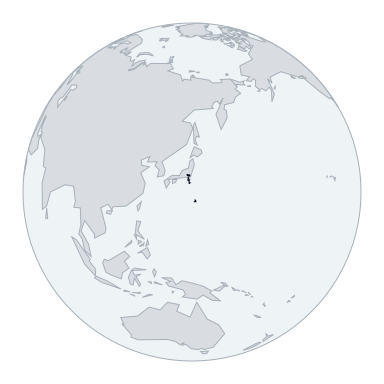 Tokyo highlighted on a globe, orthographic projection
{"feature_id": "JPN-1860", "entity_name": "Tokyo", "entity_type": "Metropolis", "adm_level": 1, "iso_a3": "JPN", "parent_name": "Japan", "parent_adm1": "", "projection": "orthographic", "projection_center": [140.896, 30.045], "detail": "fine", "context": "on_globe", "style": "filled", "palette": "ink", "viewbox_px": 384, "rotation_deg": 0, "n_neighbors": 0, "source": "natural_earth", "source_scale": "10m", "svg_char_len": 11361}
<svg xmlns="http://www.w3.org/2000/svg" viewBox="0 0 384 384"><circle cx="192" cy="192" r="169" fill="#eef3f6" stroke="#a8b0b8"/><path d="M294.4,295.6L294.4,296.4L294.2,296.6L294.4,295.6ZM333.6,99.8L331.1,97.1L335.5,102.8L338.4,107.6L337.1,105.8L335.4,102.9L330.6,97.7L329.5,98.7L320.4,92.1L304.3,78.7L306.3,78.3L302.2,75.6L299.5,76.0L298.7,77.1L280.9,71.7L270.2,77.0L272.0,83.1L267.5,78.6L274.4,93.9L271.9,101.8L271.5,90.3L269.1,87.2L265.8,90.9L262.5,88.7L259.1,89.3L255.5,86.4L255.6,80.4L253.3,78.6L251.1,81.4L246.1,80.7L249.6,76.7L241.3,75.1L239.9,65.9L252.3,59.5L248.4,53.7L253.0,45.7L249.4,44.8L248.9,41.8L244.7,39.7L246.7,39.3L241.5,38.1L240.5,39.0L237.8,38.8L235.2,37.8L237.4,36.9L239.0,37.3L238.3,36.5L240.5,36.6L237.9,36.0L240.8,35.3L234.1,34.6L233.2,32.9L236.2,32.9L240.9,34.7L259.4,40.7L263.9,42.0L265.5,41.7L258.1,36.7L260.9,37.8L261.1,37.8L271.9,43.1L282.4,49.2L292.3,56.1L301.8,63.6L310.7,71.7L319.0,80.5L326.6,89.9L333.6,99.8ZM257.0,36.0L255.8,35.6L248.6,32.9L247.6,33.0L244.5,32.2L241.4,31.9L236.5,30.2L233.5,28.7L235.8,29.0L234.5,28.5L228.0,27.1L228.1,26.9L242.7,30.8L257.0,36.0ZM334.9,180.4L333.5,177.1L335.5,177.7L334.9,180.4ZM331.9,176.0L332.6,176.9L331.8,176.4L331.9,176.0ZM330.9,176.3L331.6,176.1L330.9,176.7L330.9,176.3ZM329.6,177.1L330.3,176.5L330.2,176.7L329.6,177.1ZM327.3,177.2L326.6,177.1L327.1,176.2L327.3,177.2ZM298.8,78.0L299.8,76.3L303.4,77.0L303.0,78.6L298.8,78.0ZM291.4,77.5L290.9,75.8L295.5,78.3L294.4,78.5L291.4,77.5ZM274.0,88.3L275.3,86.3L275.1,89.1L274.0,88.3ZM259.2,89.9L259.9,91.3L257.8,91.1L259.2,89.9ZM244.3,33.0L242.9,32.5L244.2,32.8L244.3,33.0ZM244.3,33.5L246.8,34.2L247.1,34.6L245.6,34.1L244.3,33.5ZM250.4,86.6L246.9,86.1L250.5,85.6L250.4,86.6ZM241.1,32.6L247.5,35.2L248.0,35.9L242.6,34.9L241.1,32.6ZM244.9,85.1L236.4,84.4L237.1,87.2L230.3,79.1L239.8,82.2L244.1,80.9L243.0,83.2L244.9,85.1ZM241.3,39.7L242.3,38.7L243.8,40.5L241.3,39.7ZM242.9,40.9L251.5,47.5L248.7,48.7L246.4,46.1L244.7,48.7L239.1,46.1L238.8,44.0L241.7,43.7L237.3,43.0L242.9,40.9ZM227.9,74.9L225.8,74.0L228.0,73.8L227.9,74.9ZM236.9,38.9L238.9,40.0L236.6,41.1L232.2,39.1L234.3,39.4L236.9,38.9ZM247.0,50.9L244.5,51.5L239.3,49.5L237.6,49.5L238.7,46.1L247.0,50.9ZM233.5,38.6L230.0,38.2L228.7,36.8L234.8,38.0L233.5,38.6ZM237.8,42.2L236.5,42.7L235.8,41.8L237.8,42.2ZM222.1,32.4L224.6,33.3L223.6,33.9L222.1,32.4ZM228.8,38.1L229.3,38.6L229.1,39.0L226.6,38.5L228.8,38.1ZM235.0,45.1L233.3,44.2L234.2,46.3L230.4,45.1L231.8,43.1L229.6,43.5L228.4,43.2L230.9,42.0L235.0,45.1ZM223.7,39.3L224.2,36.8L219.9,34.8L220.7,34.1L227.4,37.6L223.7,39.3ZM227.7,41.0L225.4,39.8L227.5,39.4L230.4,40.0L227.7,41.0ZM227.2,45.1L232.8,47.4L232.3,47.8L227.2,45.1ZM222.0,38.8L222.0,39.4L221.5,38.6L222.0,38.8ZM225.2,43.1L227.2,43.9L226.6,44.3L225.2,43.1ZM220.1,40.2L220.3,39.3L222.2,39.6L220.1,40.2ZM222.1,41.6L220.7,42.0L222.8,40.3L223.1,41.8L222.1,41.6ZM224.3,43.4L224.5,43.9L223.5,43.1L224.3,43.4ZM212.6,39.8L214.8,37.5L219.1,38.1L216.4,40.1L212.6,39.8ZM56.0,91.7L53.5,95.4L60.9,87.4L67.5,77.9L73.5,71.7L72.2,75.3L67.2,84.7L69.4,82.7L76.7,73.5L79.8,72.9L79.7,70.3L76.6,73.4L76.5,72.0L79.3,69.2L80.3,68.9L83.0,65.7L77.7,68.5L73.9,72.0L78.4,66.9L74.1,70.9L84.9,61.3L96.5,52.6L108.8,44.9L121.7,38.4L121.8,38.4L118.3,40.2L124.2,38.2L123.2,39.1L120.0,39.9L115.9,41.7L108.0,47.5L108.2,48.0L112.7,46.5L109.9,48.6L115.3,46.3L113.6,49.6L120.1,44.0L125.6,42.8L127.8,44.0L130.8,42.8L127.2,40.9L124.6,41.1L120.6,42.8L114.8,43.5L116.3,42.1L126.8,38.1L130.0,35.9L136.8,34.3L142.4,39.4L141.7,43.0L128.2,51.4L124.9,50.9L128.2,47.5L119.7,51.8L123.0,50.9L120.7,52.8L125.4,52.7L124.0,54.2L130.8,51.9L129.6,53.6L125.3,55.0L131.1,57.1L130.2,61.1L132.2,60.9L134.6,59.6L131.9,65.9L133.5,65.5L135.0,63.2L139.1,61.2L145.4,60.2L144.1,62.4L141.7,63.0L134.7,68.1L128.4,69.9L128.5,70.7L133.7,69.7L142.2,63.5L146.4,62.3L142.7,65.3L144.4,64.1L146.0,64.3L146.5,66.6L150.6,63.4L170.6,63.6L173.4,68.7L167.9,70.9L180.5,74.9L182.7,81.3L184.1,79.1L191.0,80.2L190.4,78.1L191.6,77.2L209.2,80.2L212.3,83.0L221.5,82.7L222.2,81.7L220.4,79.5L230.3,79.1L237.1,87.2L235.1,89.0L240.7,93.3L235.4,97.1L233.7,102.5L224.7,104.7L224.0,109.2L226.3,110.4L227.2,117.8L221.1,129.5L216.0,114.4L223.2,97.9L219.4,103.9L217.2,101.1L214.0,102.5L211.6,107.1L213.2,108.5L194.0,110.1L182.2,121.2L190.3,122.9L192.9,128.2L186.5,144.6L162.0,161.7L165.2,170.8L163.7,175.7L157.3,177.0L159.2,169.8L154.9,165.7L157.0,161.7L147.4,162.1L149.9,156.5L141.2,160.0L141.8,165.3L149.4,166.7L140.7,172.7L145.2,183.2L143.0,193.2L126.2,206.0L113.1,206.8L111.7,209.5L108.0,204.3L100.8,207.8L106.0,228.2L105.1,232.9L94.4,238.0L94.6,234.4L84.6,220.4L81.1,230.9L88.6,244.3L91.1,256.5L84.6,250.2L82.3,239.2L78.8,233.9L80.9,224.5L80.3,207.9L73.8,207.3L75.4,201.5L73.6,186.1L64.9,184.8L50.5,191.9L46.6,206.0L42.4,209.3L42.1,183.0L45.8,167.9L43.3,166.4L44.9,149.6L40.8,137.1L42.4,132.6L41.1,131.8L42.6,124.5L45.9,117.5L45.8,115.2L37.7,133.7L38.0,136.4L41.3,134.2L38.8,139.9L37.6,148.6L31.1,154.9L28.5,149.4L31.9,138.2L48.9,102.3L50.4,100.0L50.6,99.7L51.1,99.1L48.9,102.3L53.0,96.0L44.6,109.5L56.0,91.7ZM26.8,156.5L26.7,161.8L25.9,165.2L23.9,175.4L26.8,156.5ZM58.2,100.8L57.6,107.1L64.3,98.5L64.7,100.4L66.8,97.0L64.8,97.9L71.0,89.3L73.2,90.3L76.5,87.5L76.9,85.2L72.0,84.9L63.1,96.9L60.4,98.0L58.2,100.8ZM134.6,33.1L142.6,30.6L140.2,31.5L140.0,31.4L137.5,32.3L136.4,32.5L125.2,36.8L134.6,33.1ZM170.3,25.2L174.2,25.0L163.9,27.2L161.4,27.2L165.7,25.7L171.1,25.0L170.3,25.2ZM230.2,30.7L232.4,31.3L231.8,31.4L229.4,31.1L230.2,30.7ZM223.3,32.7L220.1,28.7L222.4,29.0L217.7,26.9L222.0,27.0L224.9,28.3L224.7,27.1L229.0,28.3L228.2,27.5L234.2,30.4L238.1,31.9L232.1,30.1L228.1,29.9L227.5,30.2L228.7,32.4L235.1,35.8L232.1,36.5L228.3,36.1L226.3,35.4L228.9,35.1L224.4,34.3L226.6,33.4L223.3,32.7ZM185.3,36.7L189.1,35.7L180.4,36.0L182.6,34.2L181.4,34.4L181.1,33.0L178.6,31.7L180.3,31.0L178.6,30.8L178.3,30.1L176.6,29.6L179.0,28.5L177.1,28.0L179.3,27.8L175.3,27.3L179.4,27.2L179.4,26.5L175.4,26.9L192.9,23.8L197.0,23.3L198.3,23.2L205.1,23.6L208.3,24.3L208.8,25.5L203.8,26.2L207.8,26.5L206.6,27.0L204.0,26.6L207.3,27.7L205.6,28.1L206.1,30.4L212.0,32.3L212.3,33.4L209.1,32.9L211.7,34.4L205.9,34.3L206.0,35.2L200.5,36.2L194.3,35.1L194.9,36.2L190.7,37.3L185.3,36.7ZM210.9,39.9L203.1,38.5L200.4,36.9L211.2,35.9L211.9,35.1L218.7,34.8L222.4,37.2L220.2,37.0L218.8,37.4L218.2,36.5L217.6,37.5L214.5,37.4L213.2,38.2L211.0,37.5L210.9,39.9ZM119.2,40.5L118.3,41.2L117.0,41.8L116.1,41.9L119.2,40.5ZM160.0,38.9L162.6,38.1L163.0,38.5L168.9,38.3L167.8,39.8L163.8,40.5L160.0,38.9ZM60.3,87.4L59.6,87.6L61.0,85.8L61.0,86.0L60.3,87.4ZM159.7,40.5L162.2,40.2L160.1,41.2L159.7,40.5ZM167.2,40.9L165.2,42.1L168.3,40.0L167.2,40.9ZM129.8,293.7L134.8,295.6L134.6,296.1L129.8,293.7ZM124.5,290.1L130.1,291.8L123.7,291.2L124.5,290.1ZM132.2,292.5L137.9,292.7L140.3,292.3L140.0,293.5L132.2,292.5ZM120.9,289.0L101.8,282.4L94.5,277.8L96.0,276.1L107.7,281.2L120.9,289.0ZM95.4,275.8L84.7,264.3L71.8,236.9L76.4,239.8L90.2,259.2L89.2,261.0L95.7,269.2L95.4,275.8ZM122.4,272.9L121.4,278.9L110.7,274.8L105.9,272.2L102.6,262.7L104.4,259.2L108.3,260.7L124.4,251.2L129.8,256.5L124.5,261.2L129.0,268.2L122.4,272.9ZM46.7,207.8L47.7,218.5L45.7,218.2L46.7,207.8ZM131.9,242.7L124.8,247.3L131.6,240.4L131.9,242.7ZM136.6,235.5L136.5,239.0L134.3,235.0L136.6,235.5ZM110.6,214.2L106.5,213.4L106.9,211.0L112.4,210.5L110.6,214.2ZM141.3,201.6L139.4,208.8L138.0,210.9L137.0,206.0L141.3,201.6ZM153.6,55.9L146.7,54.2L141.0,54.6L136.6,57.2L139.8,53.1L148.7,52.5L153.6,55.9ZM168.6,62.2L172.4,60.5L172.8,62.0L172.0,62.7L168.6,62.2ZM169.5,60.6L170.4,57.0L173.8,56.6L172.4,59.4L169.5,60.6ZM164.7,47.8L162.7,47.1L164.5,46.3L164.7,47.8ZM258.1,342.5L261.3,342.1L256.9,345.0L250.3,348.2L242.8,350.3L258.1,342.5ZM203.0,353.8L200.6,351.4L208.4,351.1L207.0,353.3L203.0,353.8ZM262.9,339.8L266.7,336.7L266.1,333.8L268.1,336.0L273.6,334.5L263.2,341.4L262.9,339.8ZM168.0,339.5L138.3,339.8L131.0,337.2L131.4,334.8L121.8,323.7L124.0,324.6L120.7,317.5L137.5,316.1L149.0,307.1L160.1,309.9L167.4,302.3L179.3,304.6L176.7,311.2L190.1,317.1L196.7,302.2L207.3,319.2L218.7,324.8L224.7,333.7L213.2,347.2L204.4,349.5L201.6,348.4L198.2,349.5L191.4,348.7L185.5,344.3L182.2,345.3L184.4,342.4L180.1,344.8L175.6,341.6L168.0,339.5ZM254.3,315.3L256.7,315.5L261.1,317.5L257.3,317.5L254.3,315.3ZM288.5,300.4L290.1,301.2L287.5,302.2L288.5,300.4ZM294.2,296.6L291.0,298.0L294.4,295.6L294.2,296.6ZM264.1,305.0L265.4,305.8L264.5,306.3L264.1,305.0ZM263.1,304.8L264.1,303.0L264.2,304.6L263.1,304.8ZM250.9,297.1L252.1,296.2L252.8,296.8L250.9,297.1ZM142.2,297.4L148.9,294.3L152.8,294.7L142.2,297.4ZM248.8,295.4L245.5,295.5L245.8,294.5L248.8,295.4ZM248.8,293.3L248.3,292.0L250.7,294.9L248.8,293.3ZM242.3,290.7L246.5,292.8L241.9,291.0L242.3,290.7ZM240.0,291.1L237.1,290.1L237.3,289.7L240.0,291.1ZM209.8,292.7L220.3,300.8L212.3,300.4L203.2,295.1L197.0,299.1L182.4,296.9L185.5,294.5L183.3,289.9L168.8,286.1L165.9,282.7L170.8,281.5L161.6,277.6L171.7,278.0L176.0,284.7L181.8,280.8L192.3,283.1L202.8,286.1L211.8,291.0L209.8,292.7ZM172.2,291.2L173.9,291.4L172.5,293.0L172.2,291.2ZM231.6,287.0L235.8,289.8L235.4,290.5L233.4,290.1L231.6,287.0ZM213.7,290.1L223.1,285.6L225.4,285.7L219.3,291.1L213.7,290.1ZM220.6,282.3L225.2,283.1L227.7,285.9L226.8,286.6L220.6,282.3ZM151.5,282.0L151.2,283.6L148.6,281.7L151.5,282.0ZM154.7,281.7L162.5,284.9L154.1,282.9L154.7,281.7ZM132.2,270.5L134.3,275.1L141.0,274.2L135.9,276.6L140.7,284.3L139.3,286.3L134.5,278.2L133.2,285.0L130.3,284.1L128.4,277.4L131.3,270.5L134.2,268.1L146.4,269.8L132.2,270.5ZM154.6,276.8L152.6,271.7L154.1,268.8L156.3,271.8L154.6,276.8ZM147.1,258.9L142.3,252.1L137.5,253.1L147.5,247.6L150.4,255.0L147.1,258.9ZM143.6,245.5L139.1,246.4L144.1,242.9L143.6,245.5ZM138.2,244.2L138.1,240.1L141.5,241.5L138.2,244.2ZM145.9,246.3L147.5,239.8L148.8,244.1L145.9,246.3ZM137.8,230.9L144.3,239.3L135.2,234.0L136.7,220.9L140.8,221.7L137.8,230.9ZM172.5,183.5L172.6,179.5L176.8,179.5L175.5,182.2L172.5,183.5ZM190.4,177.0L177.9,178.2L167.9,179.6L170.1,182.0L166.3,188.0L163.9,181.0L172.2,175.4L179.5,175.6L182.2,170.5L188.6,168.0L189.7,161.1L193.0,158.8L194.3,165.2L190.4,177.0ZM189.9,158.2L194.2,146.8L201.3,150.0L202.0,153.2L197.0,157.0L193.6,155.0L189.9,158.2ZM197.3,145.1L194.0,143.3L193.4,125.3L195.0,122.4L199.3,137.1L196.4,136.2L195.3,140.3L197.3,145.1ZM225.6,75.3L225.8,74.1L227.0,75.4L225.6,75.3ZM191.1,76.1L193.0,75.0L194.3,76.4L191.1,76.1ZM198.7,73.0L195.9,72.2L199.4,72.1L198.7,73.0ZM189.6,70.6L195.1,71.4L189.1,72.0L189.6,70.6Z" fill="#d9dde1" stroke="#a8b0b8" stroke-width="1"/><path d="M189.5,175.5L189.4,175.6L189.4,175.8L189.1,175.8L189.0,175.7L188.7,175.6L188.6,175.8L188.6,176.0L188.6,175.9L188.4,175.8L188.4,175.7L188.2,175.7L187.9,175.5L187.7,175.5L187.5,175.3L187.4,175.2L187.3,174.9L187.5,174.8L188.1,175.0L188.4,175.2L188.5,175.2L188.9,175.2L189.0,175.1L189.3,175.1L189.5,175.1L189.6,175.3L189.6,175.5L189.5,175.5ZM188.4,178.0L188.5,178.1L188.5,178.3L188.4,178.3L188.3,178.2L188.4,178.0ZM189.3,182.9L189.4,183.0L189.5,183.0L189.4,183.1L189.2,183.0L189.2,182.9L189.3,182.9ZM188.6,180.1L188.8,180.1L188.7,180.2L188.6,180.1ZM195.4,202.0L195.2,201.8L195.3,201.8L195.4,202.0L195.4,202.0ZM188.0,179.2L188.1,179.3L188.0,179.2L188.0,179.2ZM193.2,207.5L193.3,207.5L193.2,207.5L193.2,207.5ZM195.4,200.7L195.5,200.7L195.5,200.8L195.4,200.8L195.4,200.7L195.5,200.8L195.5,200.7L195.4,200.7L195.4,200.7ZM188.9,180.7L188.9,180.8L188.8,180.7L188.9,180.7ZM195.4,200.5L195.4,200.4L195.4,200.5L195.4,200.5Z" fill="#0f172a" stroke="#020617" stroke-width="1.5"/></svg>